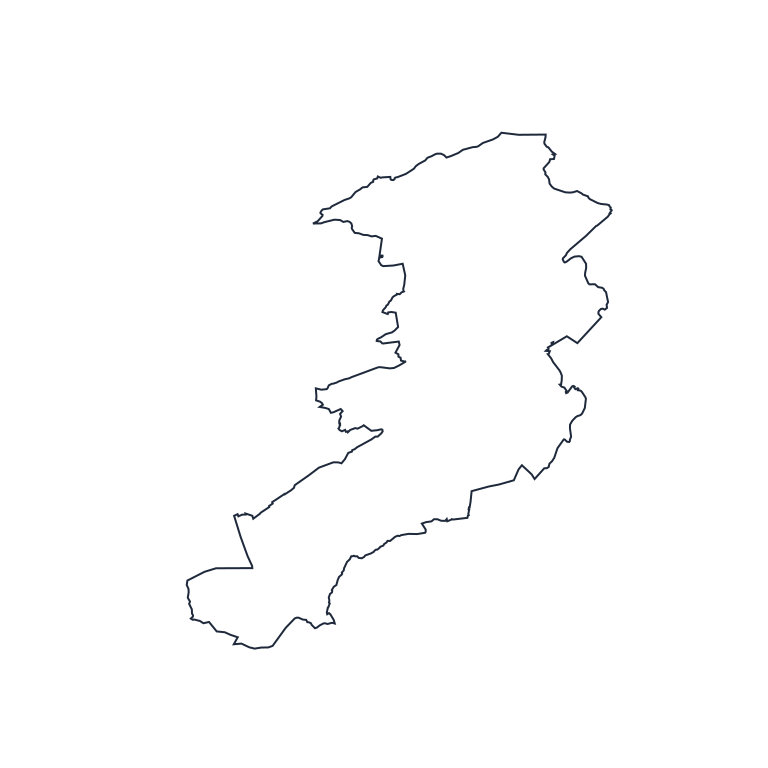 outline of Omitlán de Juárez, Hidalgo, Mexico, rotated 240°
{"feature_id": "50627088B94550034799576", "entity_name": "Omitlán de Juárez", "entity_type": "district", "adm_level": 2, "iso_a3": "MEX", "parent_name": "Mexico", "parent_adm1": "Hidalgo", "projection": "equal_earth", "projection_center": [-98.622, 20.184], "detail": "fine", "context": "isolated", "style": "outline", "palette": "slate", "viewbox_px": 768, "rotation_deg": 240, "n_neighbors": 0, "source": "geoboundaries", "source_scale": "gbopen_adm2", "svg_char_len": 6165}
<svg xmlns="http://www.w3.org/2000/svg" viewBox="0 0 768 768"><g transform="rotate(240 384 384)"><path d="M233.7,123.8L230.5,130.7L223.3,135.7L219.5,139.7L217.1,146.0L213.7,152.1L212.9,156.6L222.0,177.0L225.6,189.4L225.3,191.5L224.4,193.1L220.5,196.0L218.6,198.7L216.1,198.5L215.0,200.0L213.3,201.1L211.8,200.9L207.0,202.1L206.6,204.3L207.1,207.6L206.9,212.0L206.1,213.5L204.4,215.1L203.2,219.6L201.2,221.6L204.9,222.5L211.4,222.4L213.1,221.8L213.0,219.7L214.5,220.1L218.4,223.5L218.3,223.9L221.1,227.3L222.2,227.0L223.7,228.4L226.7,229.4L229.2,232.3L229.5,234.7L230.6,235.7L231.6,235.7L233.5,239.1L233.7,242.2L237.2,245.7L239.4,248.6L240.1,252.1L240.6,252.9L241.8,253.2L242.7,255.9L244.4,257.3L248.4,263.0L249.3,266.7L251.2,269.5L250.5,270.8L250.3,272.1L249.2,272.8L248.2,274.7L246.1,275.1L244.2,277.6L244.2,280.3L244.9,282.2L243.8,287.9L243.8,291.3L244.4,292.5L244.5,294.4L243.9,295.5L244.5,298.7L244.9,299.3L244.4,302.7L245.3,304.0L245.5,307.0L246.4,308.6L245.0,310.8L246.1,317.0L245.8,319.9L244.6,321.4L244.5,323.4L241.9,330.4L237.5,337.6L234.6,345.2L235.1,346.1L237.0,347.3L244.2,347.0L243.3,351.5L241.3,356.4L241.9,359.7L240.1,362.7L237.0,365.1L234.9,368.5L235.7,370.8L233.5,370.1L232.9,374.3L233.1,375.1L232.1,376.0L226.4,389.3L228.0,390.8L228.0,391.8L229.3,392.0L232.7,395.1L233.1,394.6L234.7,395.9L234.4,396.5L238.5,399.9L247.4,406.3L242.8,423.6L239.5,433.2L235.7,448.3L242.8,457.9L244.7,462.8L231.9,466.7L226.4,466.9L230.9,480.7L229.7,482.8L229.8,485.1L232.3,487.5L233.1,490.9L235.0,494.6L241.7,502.2L246.1,511.9L245.7,512.7L242.4,513.7L241.2,515.4L241.7,516.5L242.8,517.1L244.8,519.7L252.5,522.8L255.8,524.8L258.0,528.6L259.4,533.3L259.5,535.4L258.8,538.6L259.4,540.9L262.8,545.9L270.3,551.5L271.9,551.8L278.5,551.4L280.0,550.9L281.7,548.8L282.7,550.0L283.4,549.8L283.8,547.2L285.8,546.9L286.4,547.8L287.6,547.1L287.9,545.8L284.8,538.8L285.0,537.2L286.2,537.4L286.7,538.7L290.7,538.4L293.0,536.4L295.6,535.9L295.1,537.2L298.7,540.0L302.3,542.2L305.6,542.7L307.8,542.8L318.5,541.4L322.6,541.6L328.0,540.8L327.8,541.8L329.5,544.0L331.8,540.7L332.1,541.8L331.8,543.7L332.3,544.2L333.7,544.2L333.7,548.6L335.9,549.7L335.7,551.4L333.7,549.5L333.9,566.2L322.7,571.9L333.2,605.6L337.6,604.8L339.1,605.7L339.9,606.9L340.5,609.4L339.9,611.1L338.0,612.4L338.4,615.2L341.3,616.4L342.9,619.0L352.5,622.2L355.1,621.6L356.5,621.8L358.2,621.1L360.8,617.9L364.9,616.6L367.6,611.7L369.2,611.3L377.3,612.2L379.6,613.7L383.4,617.1L387.1,619.1L395.4,618.7L397.2,616.8L399.1,612.6L399.4,608.8L398.6,603.1L398.8,601.4L399.8,600.9L402.6,601.1L403.4,601.9L404.5,605.8L406.1,608.1L407.6,613.0L411.3,633.2L414.8,646.7L414.6,648.0L417.0,661.5L418.3,664.3L418.4,665.3L419.1,664.9L420.5,668.0L421.1,668.1L422.0,667.4L423.5,668.6L425.0,668.1L426.2,668.4L427.7,667.1L431.4,662.0L433.9,659.5L441.2,654.7L443.2,654.2L444.5,654.5L448.7,650.9L450.3,650.4L454.6,647.7L455.5,643.6L456.8,640.7L459.4,636.8L468.1,629.1L471.1,628.0L474.7,627.6L478.6,629.2L481.3,629.4L485.0,628.5L486.4,629.6L490.0,629.5L491.0,630.1L493.6,638.2L495.6,640.2L493.9,643.7L496.5,646.0L498.3,645.1L497.7,647.1L501.3,645.5L506.7,644.7L508.0,643.6L511.7,643.1L513.2,643.6L517.0,647.3L519.2,648.7L532.5,625.2L542.9,611.3L541.2,606.2L541.3,600.8L543.3,590.2L542.8,584.5L543.1,582.8L544.8,579.1L547.4,569.3L546.9,563.9L548.0,555.5L548.9,551.3L552.1,550.5L555.0,548.5L557.0,545.0L557.4,543.0L557.5,539.0L558.2,534.8L557.0,531.5L557.2,524.1L556.7,520.3L555.5,517.6L555.0,508.0L556.3,499.6L557.1,496.9L556.9,496.1L556.0,495.4L556.0,493.9L557.2,492.3L558.0,492.1L560.2,493.0L563.8,485.8L564.2,484.3L566.8,482.4L565.4,480.9L566.3,477.6L565.9,476.6L564.5,475.7L564.8,473.2L563.1,468.1L565.0,463.7L564.5,460.7L564.5,455.4L562.1,448.9L562.1,446.7L563.1,441.9L563.9,428.7L563.9,427.2L563.2,425.0L565.8,418.3L565.4,416.7L564.2,414.6L563.5,414.4L561.2,415.4L560.3,414.6L558.1,407.8L558.5,402.7L554.6,409.7L554.0,413.2L551.1,423.2L548.0,427.9L544.7,429.8L543.4,433.7L541.7,435.2L539.4,436.0L536.5,435.3L535.8,434.4L534.3,433.8L529.5,434.2L527.1,437.6L523.5,440.6L521.1,444.3L518.0,447.1L516.4,450.9L510.9,454.9L496.9,443.9L496.6,446.0L495.9,446.9L495.4,446.7L494.8,446.0L495.8,443.0L493.1,440.7L488.3,441.0L486.5,442.2L481.9,451.4L478.8,460.3L467.4,456.7L459.9,451.2L456.7,448.2L455.0,447.4L454.2,447.5L454.6,445.1L453.9,442.5L455.5,440.4L455.0,440.3L455.1,436.4L454.7,434.6L452.8,431.6L452.8,430.1L450.8,427.0L450.7,425.3L449.6,423.8L448.4,420.0L447.1,418.6L442.7,422.2L443.9,423.5L442.6,426.5L439.9,429.8L426.3,424.7L425.0,419.9L424.7,416.7L426.3,410.5L425.9,405.0L426.2,401.0L425.8,399.9L424.9,399.2L422.6,402.2L420.1,402.8L419.5,403.5L413.4,418.0L410.0,417.0L405.4,409.6L402.5,411.3L400.4,410.2L398.5,411.5L395.8,410.4L393.4,412.8L392.6,414.3L392.5,406.3L392.9,400.6L394.6,396.9L400.3,389.4L401.3,387.6L402.0,383.8L406.2,359.1L406.3,356.8L407.7,352.4L408.9,345.9L408.9,343.9L409.7,340.1L410.3,338.9L410.4,335.5L408.5,332.9L408.2,331.8L410.4,326.9L414.3,322.8L406.9,319.2L403.8,317.0L400.5,319.9L398.4,320.7L396.6,320.7L396.3,316.8L392.7,321.1L389.9,323.7L385.6,323.6L384.8,326.1L384.0,334.0L381.2,334.6L380.1,331.0L377.3,330.6L374.8,327.1L372.4,325.6L371.7,325.5L371.6,326.1L370.1,325.3L370.2,324.9L368.6,323.3L368.2,322.3L366.4,322.5L364.1,323.9L363.7,327.4L361.6,327.1L361.1,328.9L360.3,328.7L361.1,331.7L360.9,333.0L360.2,337.0L358.5,338.9L358.2,344.4L358.4,345.8L349.8,349.6L347.3,355.2L346.2,358.9L345.2,359.7L343.6,359.1L342.6,357.0L341.6,352.3L342.8,350.2L342.3,345.4L342.7,329.0L342.2,326.1L342.6,323.4L341.5,322.4L342.2,318.6L338.4,312.5L336.6,307.5L339.0,305.2L341.5,300.9L344.1,285.8L342.5,273.1L341.0,256.1L339.1,254.1L338.4,250.1L338.1,242.8L338.5,242.8L337.6,228.1L336.1,227.8L335.8,223.4L334.8,223.1L334.2,212.7L333.7,211.9L332.7,203.4L335.7,204.1L341.1,199.3L340.1,199.0L341.8,195.7L342.2,191.7L344.5,192.1L344.8,188.3L323.4,183.4L303.1,179.8L292.3,178.8L290.4,177.9L308.4,146.4L311.1,134.7L312.1,115.5L308.7,112.7L304.2,112.2L301.3,110.7L297.0,107.2L292.6,107.2L291.0,105.3L284.9,104.9L281.3,103.0L279.1,102.9L278.1,102.2L277.4,99.4L275.4,100.5L275.0,101.8L270.8,106.1L267.1,108.0L265.4,113.5L253.4,115.4L248.5,122.1L243.7,125.5L237.8,130.7L233.7,123.8Z" fill="none" stroke="#1e293b" stroke-width="2"/></g></svg>